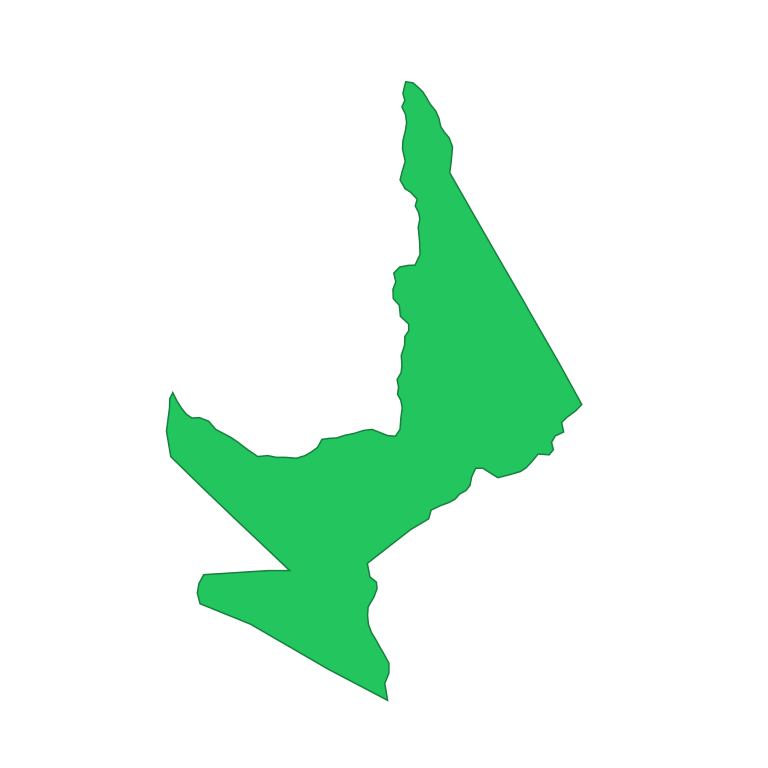 outline of Tururu, Ceará, Brazil, rotated 25°
{"feature_id": "56859067B74610593529944", "entity_name": "Tururu", "entity_type": "district", "adm_level": 2, "iso_a3": "BRA", "parent_name": "Brazil", "parent_adm1": "Ceará", "projection": "orthographic", "projection_center": [-39.417, -3.531], "detail": "fine", "context": "isolated", "style": "filled", "palette": "green", "viewbox_px": 768, "rotation_deg": 25, "n_neighbors": 0, "source": "geoboundaries", "source_scale": "gbopen_adm2", "svg_char_len": 2041}
<svg xmlns="http://www.w3.org/2000/svg" viewBox="0 0 768 768"><g transform="rotate(25 384 384)"><path d="M196.2,481.1L196.1,488.1L199.6,496.0L206.8,518.7L221.5,540.0L262.8,554.5L287.3,562.8L303.1,568.2L354.3,585.2L377.3,593.0L358.0,602.0L301.2,633.0L300.6,642.9L303.1,652.3L310.2,660.9L364.6,658.1L387.9,660.2L454.6,666.1L520.9,669.2L516.2,662.2L511.2,655.0L510.7,644.1L506.5,635.0L499.3,629.6L491.4,624.1L484.8,619.3L477.6,614.5L471.4,608.3L466.9,600.7L463.8,592.7L464.9,581.3L464.2,572.5L460.9,566.8L452.8,564.8L444.7,553.6L469.7,504.6L481.5,487.3L480.0,478.4L486.2,470.8L493.0,463.9L497.2,458.1L499.0,451.8L503.3,445.9L504.8,439.5L502.7,431.2L502.7,421.6L509.0,418.6L518.5,419.8L526.8,420.8L536.4,412.9L544.6,405.7L548.2,399.9L550.9,391.6L553.3,382.3L563.6,378.4L565.3,372.0L560.5,366.1L561.2,358.6L567.1,351.6L561.2,343.8L563.9,336.8L569.1,327.2L571.9,319.0L534.7,291.7L484.2,256.2L475.2,249.7L433.0,220.3L397.1,195.0L354.3,164.7L350.8,153.7L345.9,140.2L339.1,133.4L332.2,130.2L326.7,126.8L321.3,119.8L315.4,114.7L307.5,110.8L301.3,106.4L295.8,102.9L289.7,100.7L283.0,98.8L275.9,100.9L278.3,112.6L283.0,118.1L283.1,125.3L289.6,130.6L294.1,137.7L296.5,146.0L298.3,155.4L301.3,162.9L309.1,173.2L310.6,183.2L312.3,192.2L320.5,198.1L327.1,199.0L336.0,202.5L337.1,209.5L342.9,213.9L346.8,219.4L348.8,227.6L352.1,233.1L356.3,240.3L361.9,251.3L361.9,263.2L355.9,266.2L348.8,271.3L346.0,279.4L351.6,286.6L352.1,294.4L356.3,302.7L364.6,306.2L370.3,315.8L381.0,319.2L383.9,325.4L382.8,332.0L386.3,340.3L387.6,350.9L392.4,359.5L394.7,366.5L394.0,374.4L398.6,380.8L400.6,387.6L406.1,391.6L410.6,397.9L413.7,407.8L417.7,418.4L416.4,426.5L409.2,429.2L402.3,429.6L392.4,430.2L385.2,434.7L377.7,441.5L370.1,447.1L363.9,452.9L356.9,456.7L351.2,460.4L350.5,469.7L346.6,476.7L342.6,482.4L336.0,488.3L325.7,492.1L317.4,496.0L308.9,498.0L300.3,503.1L288.0,501.1L275.2,498.3L267.6,497.1L259.3,496.7L250.7,496.3L240.8,491.8L230.9,492.5L224.3,496.0L217.4,494.9L210.6,491.4L204.1,487.3L196.2,481.1Z" fill="#22c55e" stroke="#15803d" stroke-width="1.5"/></g></svg>